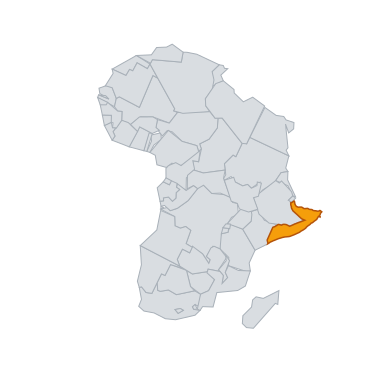 where Somalia sits in Africa, rotated 24°
{"feature_id": "SOM", "entity_name": "Somalia", "entity_type": "country or territory", "adm_level": 0, "iso_a3": "SOM", "parent_name": "Africa", "parent_adm1": "", "projection": "albers", "projection_center": [45.827, 5.144], "detail": "fine", "context": "in_parent", "style": "filled", "palette": "amber", "viewbox_px": 384, "rotation_deg": 24, "n_neighbors": 49, "source": "natural_earth", "source_scale": "50m", "svg_char_len": 12344}
<svg xmlns="http://www.w3.org/2000/svg" viewBox="0 0 384 384"><g transform="rotate(24 192 192)"><path d="M253.4,205.3L273.3,219.5L273.1,233.6L277.4,240.4L274.3,242.5L255.2,244.5L252.2,236.8L240.8,232.6L236.7,225.7L235.8,218.2L241.3,214.1L240.2,205.7L253.4,205.3Z" fill="#d9dde1" stroke="#a8b0b8" stroke-width="1"/><path d="M101.6,92.2L101.1,97.5L89.3,96.3L88.6,105.4L85.1,105.4L84.3,112.4L69.1,112.2L85.7,89.9L101.6,92.2Z" fill="#d9dde1" stroke="#a8b0b8" stroke-width="1"/><path d="M235.8,218.2L240.8,232.6L233.1,233.1L231.4,245.0L236.2,246.5L236.4,250.4L226.8,244.2L207.6,241.6L206.5,227.6L200.3,226.1L196.1,229.8L190.2,229.8L186.2,221.5L170.4,220.4L176.0,215.9L179.7,217.9L185.3,212.8L192.0,201.4L196.2,184.1L199.8,181.1L210.7,185.3L223.0,181.1L229.4,181.3L233.3,185.0L238.1,184.0L243.4,193.2L238.4,199.1L235.8,218.2Z" fill="#d9dde1" stroke="#a8b0b8" stroke-width="1"/><path d="M273.3,219.5L253.4,205.3L257.9,194.6L254.2,185.7L259.1,181.0L269.6,188.4L283.6,187.3L280.3,191.5L282.5,208.4L273.3,219.5Z" fill="#d9dde1" stroke="#a8b0b8" stroke-width="1"/><path d="M219.3,169.7L216.5,167.9L215.3,166.8L215.8,162.5L210.1,152.9L214.5,141.5L217.7,141.9L218.1,125.7L222.3,125.8L222.6,118.6L265.8,119.6L267.9,132.0L271.3,134.3L265.5,138.1L263.2,150.7L255.6,161.6L254.4,168.9L250.1,155.4L244.7,164.4L239.7,162.5L235.8,165.8L227.6,165.3L221.4,162.0L216.8,168.1L219.3,169.7Z" fill="#d9dde1" stroke="#a8b0b8" stroke-width="1"/><path d="M218.0,127.2L217.7,141.9L214.5,141.5L210.1,152.9L213.3,158.5L194.6,170.0L184.6,171.3L180.0,163.1L185.7,161.7L183.1,149.0L179.4,144.9L186.1,136.8L189.1,123.1L185.7,114.0L189.5,112.2L218.0,127.2Z" fill="#d9dde1" stroke="#a8b0b8" stroke-width="1"/><path d="M182.6,300.6L184.5,299.2L190.9,302.5L196.6,300.9L197.0,288.9L200.7,295.8L203.5,295.6L210.3,291.1L219.5,292.1L234.6,281.2L241.4,281.9L244.2,289.1L243.7,293.9L240.6,293.5L239.1,296.7L241.4,298.5L247.5,296.9L244.9,303.3L228.9,315.4L219.2,318.6L206.5,317.9L196.5,320.3L189.8,318.1L189.5,310.6L182.6,300.6ZM232.2,303.6L228.7,303.2L224.3,306.3L228.7,308.5L232.2,303.6Z" fill="#d9dde1" stroke="#a8b0b8" stroke-width="1"/><path d="M232.2,303.6L228.7,308.5L224.3,306.3L228.7,303.2L232.2,303.6Z" fill="#d9dde1" stroke="#a8b0b8" stroke-width="1"/><path d="M241.4,281.9L229.1,279.0L218.8,265.8L225.7,266.7L238.4,258.5L248.3,262.9L247.3,275.4L241.4,281.9Z" fill="#d9dde1" stroke="#a8b0b8" stroke-width="1"/><path d="M234.6,281.2L219.5,292.1L210.3,291.1L203.5,295.6L200.7,295.8L197.0,288.9L197.4,279.2L201.3,279.2L201.9,267.0L218.8,265.8L229.1,279.0L234.6,281.2Z" fill="#d9dde1" stroke="#a8b0b8" stroke-width="1"/><path d="M197.4,279.2L196.6,300.9L190.9,302.5L184.5,299.2L182.6,300.6L178.4,295.7L175.4,279.1L166.5,262.0L218.1,265.2L201.9,267.0L201.3,279.2L197.4,279.2Z" fill="#d9dde1" stroke="#a8b0b8" stroke-width="1"/><path d="M67.7,139.5L64.8,135.0L71.0,129.1L76.7,129.2L84.8,137.3L86.5,145.6L67.4,144.1L67.1,141.2L78.3,140.9L67.7,139.5Z" fill="#d9dde1" stroke="#a8b0b8" stroke-width="1"/><path d="M86.5,145.6L84.8,137.3L86.9,134.6L109.5,136.1L108.9,101.5L114.4,101.9L142.4,123.0L142.3,125.3L146.4,125.3L143.2,138.3L125.7,139.3L114.5,144.1L108.4,155.3L98.6,155.1L95.3,146.9L91.3,148.3L86.5,145.6Z" fill="#d9dde1" stroke="#a8b0b8" stroke-width="1"/><path d="M69.1,112.2L84.3,112.4L85.1,105.4L88.6,105.4L89.3,96.3L101.1,97.5L101.6,92.2L114.4,101.9L108.9,101.5L109.5,136.1L86.9,134.6L84.8,137.3L76.7,129.2L69.6,130.2L71.7,115.8L69.1,112.2Z" fill="#d9dde1" stroke="#a8b0b8" stroke-width="1"/><path d="M137.4,173.0L134.2,173.3L134.3,162.0L131.3,156.7L139.5,150.6L142.6,156.4L138.1,164.6L137.4,173.0Z" fill="#d9dde1" stroke="#a8b0b8" stroke-width="1"/><path d="M185.7,114.0L189.1,123.1L186.1,136.8L179.4,144.9L183.1,149.0L181.4,152.1L177.6,147.7L162.4,149.8L149.4,145.1L144.4,146.0L142.1,152.9L132.9,147.8L131.0,139.9L143.2,138.3L146.4,125.3L175.5,111.3L183.1,115.2L185.7,114.0Z" fill="#d9dde1" stroke="#a8b0b8" stroke-width="1"/><path d="M137.4,173.0L145.4,145.3L162.4,149.8L177.6,147.7L182.8,153.7L171.3,172.3L161.8,173.9L158.7,180.0L148.9,181.4L143.5,173.4L137.4,173.0Z" fill="#d9dde1" stroke="#a8b0b8" stroke-width="1"/><path d="M182.6,150.7L185.7,161.7L180.0,163.1L185.2,170.3L181.1,181.4L186.0,193.0L162.5,189.7L158.6,181.1L159.8,177.4L165.2,171.8L171.3,172.3L182.6,150.7Z" fill="#d9dde1" stroke="#a8b0b8" stroke-width="1"/><path d="M131.9,154.7L134.2,173.3L131.2,173.9L128.3,155.6L131.9,154.7Z" fill="#d9dde1" stroke="#a8b0b8" stroke-width="1"/><path d="M128.7,154.4L131.2,173.9L116.3,176.3L117.7,153.8L128.7,154.4Z" fill="#d9dde1" stroke="#a8b0b8" stroke-width="1"/><path d="M98.6,155.1L105.5,154.5L117.7,158.8L116.3,176.3L98.0,177.2L98.9,172.2L95.3,169.0L98.6,155.1Z" fill="#d9dde1" stroke="#a8b0b8" stroke-width="1"/><path d="M78.5,144.4L91.3,148.3L95.3,146.9L98.6,155.1L96.9,164.5L93.3,165.7L91.7,160.9L88.9,161.3L87.2,154.8L78.9,158.3L72.7,149.7L78.5,144.4Z" fill="#d9dde1" stroke="#a8b0b8" stroke-width="1"/><path d="M67.4,144.1L78.5,144.4L78.1,147.3L72.7,149.7L67.4,144.1Z" fill="#d9dde1" stroke="#a8b0b8" stroke-width="1"/><path d="M96.3,164.5L95.3,169.0L98.9,172.2L98.0,177.2L84.9,166.9L89.9,161.2L93.3,165.7L96.3,164.5Z" fill="#d9dde1" stroke="#a8b0b8" stroke-width="1"/><path d="M78.9,158.3L87.2,154.8L89.9,161.2L84.9,166.9L78.9,158.3Z" fill="#d9dde1" stroke="#a8b0b8" stroke-width="1"/><path d="M108.4,155.3L113.4,144.9L125.7,139.3L131.0,139.9L132.9,147.8L137.1,148.9L131.9,154.7L117.7,153.8L117.7,158.8L108.4,155.3Z" fill="#d9dde1" stroke="#a8b0b8" stroke-width="1"/><path d="M229.4,181.3L218.3,181.5L210.7,185.3L199.8,181.1L195.8,186.7L190.8,185.6L186.4,191.0L181.1,178.6L184.6,171.3L194.6,170.0L213.3,158.5L215.3,166.8L229.4,181.3Z" fill="#d9dde1" stroke="#a8b0b8" stroke-width="1"/><path d="M195.8,186.7L192.0,201.4L185.3,212.8L179.7,217.9L172.3,215.5L169.5,217.6L166.6,213.5L169.6,211.6L168.3,209.0L172.6,206.2L177.9,208.4L179.8,204.2L177.8,199.0L179.7,194.7L175.9,194.0L175.3,190.4L186.0,193.0L190.8,185.6L195.8,186.7Z" fill="#d9dde1" stroke="#a8b0b8" stroke-width="1"/><path d="M168.6,190.1L174.9,190.2L175.9,194.0L179.7,194.7L177.8,199.0L179.8,204.2L177.9,208.4L172.6,206.2L168.3,209.0L169.6,211.6L166.6,213.5L158.5,202.3L161.6,194.4L168.4,194.6L168.6,190.1Z" fill="#d9dde1" stroke="#a8b0b8" stroke-width="1"/><path d="M162.5,189.7L168.6,190.1L168.4,194.6L161.6,194.4L162.5,189.7Z" fill="#d9dde1" stroke="#a8b0b8" stroke-width="1"/><path d="M240.8,232.6L250.3,237.7L247.9,252.3L249.9,253.2L238.1,255.9L238.4,258.5L225.7,266.7L210.9,264.7L205.9,259.5L206.5,248.1L214.6,248.5L214.4,241.3L226.8,244.2L236.4,250.4L236.2,246.5L231.4,245.0L232.0,235.4L234.2,232.6L240.8,232.6Z" fill="#d9dde1" stroke="#a8b0b8" stroke-width="1"/><path d="M248.5,236.0L254.2,239.5L255.1,251.9L259.4,255.7L256.7,263.4L254.6,255.6L247.9,252.3L251.2,240.8L248.5,236.0Z" fill="#d9dde1" stroke="#a8b0b8" stroke-width="1"/><path d="M255.2,244.5L266.4,244.8L277.4,240.4L279.0,256.2L273.8,263.4L255.6,273.8L258.0,288.5L248.3,292.4L247.5,296.9L244.5,296.8L241.4,281.9L247.3,275.4L248.3,262.9L238.6,259.8L238.1,255.9L249.9,253.2L254.6,255.6L256.7,263.4L259.4,255.7L255.1,251.9L255.2,244.5Z" fill="#d9dde1" stroke="#a8b0b8" stroke-width="1"/><path d="M244.5,296.8L241.4,298.5L239.1,296.7L240.6,293.5L244.5,296.8Z" fill="#d9dde1" stroke="#a8b0b8" stroke-width="1"/><path d="M169.5,217.6L172.3,217.6L170.4,220.4L169.5,217.6ZM170.9,221.6L186.2,221.5L190.2,229.8L196.1,229.8L200.3,226.1L206.5,227.6L207.6,241.6L214.8,242.4L214.6,248.5L206.5,248.1L205.9,259.5L210.9,264.7L166.5,262.0L175.3,241.0L170.9,221.6Z" fill="#d9dde1" stroke="#a8b0b8" stroke-width="1"/><path d="M240.3,210.5L241.3,214.1L235.8,218.2L234.8,212.0L240.3,210.5Z" fill="#d9dde1" stroke="#a8b0b8" stroke-width="1"/><path d="M311.5,246.7L316.1,259.8L313.4,259.9L303.5,291.5L296.9,293.7L291.5,291.7L288.8,284.3L293.2,272.9L291.3,265.9L293.2,261.7L300.4,260.2L311.5,246.7Z" fill="#d9dde1" stroke="#a8b0b8" stroke-width="1"/><path d="M67.1,141.2L73.9,139.1L78.3,140.9L67.1,141.2Z" fill="#d9dde1" stroke="#a8b0b8" stroke-width="1"/><path d="M167.7,86.9L161.4,73.8L165.1,64.7L169.1,63.7L171.4,65.8L174.5,64.8L170.8,73.5L175.4,77.7L167.7,86.9Z" fill="#d9dde1" stroke="#a8b0b8" stroke-width="1"/><path d="M101.6,92.2L102.0,87.2L129.4,77.7L127.0,67.9L130.6,66.4L140.3,64.2L165.1,64.7L161.4,73.8L166.5,80.7L168.7,89.9L166.3,101.4L169.5,107.7L175.5,111.3L151.6,123.9L142.3,125.3L142.4,123.0L101.6,92.2Z" fill="#d9dde1" stroke="#a8b0b8" stroke-width="1"/><path d="M263.8,147.5L265.5,138.1L271.3,134.3L274.4,142.0L288.4,154.1L285.7,154.7L277.1,147.3L263.8,147.5Z" fill="#d9dde1" stroke="#a8b0b8" stroke-width="1"/><path d="M85.7,89.9L99.1,83.2L100.9,74.4L109.8,70.0L113.8,65.0L127.0,67.9L129.4,77.7L102.0,87.2L101.7,91.3L85.7,89.9Z" fill="#d9dde1" stroke="#a8b0b8" stroke-width="1"/><path d="M265.8,119.6L222.6,118.6L224.2,85.1L237.7,87.8L245.1,85.7L248.6,87.9L256.9,87.1L259.2,93.0L256.3,98.7L249.8,91.9L261.7,112.6L261.0,115.5L265.8,119.6Z" fill="#d9dde1" stroke="#a8b0b8" stroke-width="1"/><path d="M223.4,83.9L222.3,125.8L218.0,127.2L189.5,112.2L183.1,115.2L169.5,107.7L166.3,101.4L169.6,83.3L175.4,77.7L188.7,81.3L190.3,84.4L202.2,88.7L208.9,80.7L223.4,83.9Z" fill="#d9dde1" stroke="#a8b0b8" stroke-width="1"/><path d="M305.8,171.9L295.3,183.2L275.0,189.1L262.3,185.0L250.5,172.2L263.8,147.5L268.1,148.3L269.3,145.5L282.9,151.3L285.7,154.7L283.4,160.3L287.2,160.8L290.5,167.4L305.8,171.9Z" fill="#d9dde1" stroke="#a8b0b8" stroke-width="1"/><path d="M285.7,154.7L289.2,155.3L287.2,160.8L283.4,160.3L285.7,154.7Z" fill="#d9dde1" stroke="#a8b0b8" stroke-width="1"/><path d="M253.4,205.3L237.1,206.4L243.8,187.2L254.2,185.7L255.9,188.3L257.9,194.6L253.4,205.3Z" fill="#d9dde1" stroke="#a8b0b8" stroke-width="1"/><path d="M240.2,205.7L241.4,210.1L234.8,212.0L235.9,207.4L240.2,205.7Z" fill="#d9dde1" stroke="#a8b0b8" stroke-width="1"/><path d="M242.2,188.2L238.1,184.0L231.6,184.5L216.8,168.1L224.1,161.6L227.6,165.3L235.8,165.8L239.7,162.5L244.7,164.4L248.7,159.7L247.6,156.3L251.8,155.7L254.4,168.9L250.5,172.2L259.1,181.0L251.8,187.3L242.2,188.2Z" fill="#d9dde1" stroke="#a8b0b8" stroke-width="1"/><path d="M282.3,208.1L282.2,208.0L281.9,207.5L281.2,206.7L280.7,206.0L280.2,205.3L280.2,204.8L280.2,203.2L280.2,200.0L280.2,196.9L280.2,193.7L280.2,192.1L280.2,191.4L280.3,191.3L280.9,190.7L281.7,190.0L282.7,188.5L283.3,187.7L283.7,187.0L283.8,186.8L284.3,186.4L285.0,186.2L285.5,186.2L287.1,185.9L287.4,185.8L287.5,185.6L287.7,185.3L288.0,184.9L288.4,184.5L289.2,184.1L289.9,183.8L290.1,183.8L291.0,183.5L291.3,183.5L291.6,183.4L291.8,183.4L293.1,183.5L294.1,183.5L295.1,183.6L295.9,182.8L297.1,181.5L297.8,180.7L298.9,179.4L299.8,178.6L300.7,177.6L301.7,176.6L302.8,175.6L303.5,174.9L304.6,173.8L305.6,172.8L306.5,171.9L305.3,171.9L304.0,171.9L302.8,171.9L302.6,171.8L301.6,171.4L300.3,171.0L298.7,170.4L297.5,170.0L296.3,169.6L295.0,169.2L294.1,168.9L292.9,168.5L291.8,168.1L291.7,168.1L291.1,167.5L290.3,166.8L290.2,166.8L289.8,166.6L289.5,166.3L289.1,165.8L288.8,165.2L288.7,164.8L288.3,164.6L288.1,164.3L287.7,163.8L287.4,163.5L287.3,163.3L287.2,162.9L287.0,162.4L286.8,162.2L286.7,162.0L286.8,162.0L287.1,161.3L287.3,161.1L287.5,160.9L287.7,160.7L288.2,159.8L288.6,159.2L288.9,158.7L289.7,159.2L290.4,160.4L291.2,161.4L292.3,162.2L292.8,162.5L293.2,162.7L295.2,162.7L296.7,161.9L298.0,161.3L298.5,161.2L299.3,161.3L300.1,161.4L300.9,161.6L301.3,161.5L302.8,160.8L303.7,160.2L304.4,159.9L304.6,159.9L305.5,160.1L306.7,160.0L308.2,159.4L308.7,159.3L309.1,159.3L309.9,159.6L310.1,159.6L310.5,159.5L311.7,159.2L312.7,158.8L314.4,158.5L315.7,157.8L315.9,157.4L316.3,156.9L316.9,156.8L318.4,157.3L318.6,157.3L318.6,157.7L318.5,158.0L318.2,158.6L318.0,159.2L318.2,160.2L318.2,161.8L318.2,162.0L318.1,162.4L317.9,162.5L318.0,162.6L318.4,162.4L318.4,162.2L318.8,162.4L319.1,162.4L319.2,162.6L319.2,162.8L318.7,162.7L317.9,162.8L317.5,163.0L317.4,163.3L317.3,164.5L317.1,165.3L317.1,166.4L316.6,167.1L316.4,167.6L315.7,168.6L315.3,169.5L315.1,169.9L314.5,171.1L313.5,172.0L313.2,173.1L312.9,173.8L312.5,174.5L311.7,175.7L311.3,176.5L310.7,177.9L310.6,178.8L309.1,181.3L307.5,183.4L306.6,185.1L304.8,187.1L302.5,189.7L299.4,192.8L298.5,193.4L295.1,195.3L292.9,196.9L291.8,197.9L290.6,198.9L289.6,199.8L286.8,202.8L286.5,203.0L286.2,203.3L285.8,203.8L285.6,204.0L284.9,204.9L284.5,205.3L284.0,205.7L283.8,206.1L283.6,206.4L283.5,206.6L283.0,207.5L282.6,208.0L282.3,208.4L282.3,208.1Z" fill="#f59e0b" stroke="#b45309" stroke-width="1.5"/></g></svg>